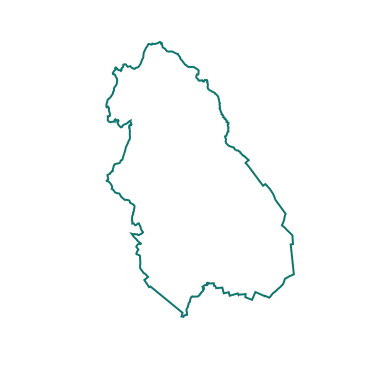 Cernat, Covasna, Romania, rotated 31°
{"feature_id": "2599482B32737313813791", "entity_name": "Cernat", "entity_type": "district", "adm_level": 2, "iso_a3": "ROU", "parent_name": "Romania", "parent_adm1": "Covasna", "projection": "albers", "projection_center": [25.982, 45.977], "detail": "fine", "context": "isolated", "style": "outline", "palette": "teal", "viewbox_px": 384, "rotation_deg": 31, "n_neighbors": 0, "source": "geoboundaries", "source_scale": "gbopen_adm2", "svg_char_len": 5924}
<svg xmlns="http://www.w3.org/2000/svg" viewBox="0 0 384 384"><g transform="rotate(31 192 192)"><path d="M97.8,173.2L98.5,172.4L98.4,171.0L98.6,170.1L99.0,169.3L100.6,167.2L101.4,165.3L101.6,164.1L102.6,162.5L102.9,163.4L104.0,164.0L105.4,165.4L105.5,166.1L105.4,166.3L104.4,166.1L104.0,167.2L104.8,169.1L105.0,169.3L105.3,169.1L106.8,171.1L107.3,171.6L109.0,174.7L110.6,176.9L111.4,178.8L111.4,180.7L111.9,183.4L112.3,187.6L113.1,190.2L113.4,190.9L113.7,192.5L114.1,193.8L115.1,198.3L115.7,199.9L115.7,200.3L114.9,201.3L114.7,201.8L115.1,202.9L115.1,203.9L114.9,204.5L114.4,205.1L111.8,207.5L111.4,208.2L111.5,210.2L111.8,210.7L112.4,213.2L113.3,214.9L112.7,215.3L112.7,216.6L112.2,217.2L112.1,217.9L112.3,218.4L112.2,218.9L111.5,219.7L110.8,221.1L111.2,221.7L113.2,223.5L113.6,224.8L113.0,226.0L113.3,226.5L114.6,226.0L117.0,226.4L119.4,227.5L119.7,227.9L120.9,228.6L121.4,229.6L121.4,230.4L121.6,230.7L123.4,230.7L126.3,232.0L128.8,231.5L130.1,230.8L131.2,231.1L133.8,232.6L138.4,233.4L139.6,232.5L142.5,231.6L143.3,231.9L144.3,232.9L144.8,233.2L146.3,232.9L148.3,233.0L149.8,233.5L150.4,234.4L152.0,238.5L152.2,239.2L152.0,239.7L152.0,240.1L153.0,241.1L153.1,243.1L153.8,244.8L154.9,246.5L155.1,247.4L155.4,247.6L155.8,247.6L157.0,249.8L158.1,249.0L160.0,249.7L160.6,249.7L161.2,249.0L161.5,247.8L162.0,247.1L162.2,246.4L162.6,246.3L165.8,248.4L167.2,250.0L169.7,251.4L170.7,251.7L170.8,251.9L170.5,252.9L169.8,254.4L168.5,256.4L167.9,256.6L166.8,256.5L166.0,257.1L165.0,257.4L162.8,258.7L161.9,258.9L165.5,260.5L168.8,261.2L170.6,262.0L174.1,262.4L175.5,262.8L174.6,263.0L173.3,263.9L172.4,265.0L172.4,267.6L175.7,269.0L175.6,271.4L176.1,273.7L176.7,273.8L179.5,273.3L180.3,273.5L184.5,279.8L185.5,282.0L186.9,284.1L192.4,286.4L193.9,286.2L198.1,287.4L196.5,292.0L204.3,295.7L205.1,294.4L246.1,300.4L246.4,301.0L246.6,302.6L247.1,304.1L249.0,303.4L248.8,302.2L250.1,300.5L251.0,300.0L251.0,299.7L250.3,299.0L249.6,297.6L249.3,297.5L248.5,296.8L247.9,295.8L247.6,294.5L247.7,293.3L247.6,292.5L247.0,290.9L247.0,290.2L246.6,289.8L246.4,288.8L246.8,287.3L245.6,284.2L245.5,282.6L245.9,282.3L245.8,281.6L246.0,281.3L246.8,281.1L250.6,278.8L251.6,276.6L251.3,275.5L251.9,274.5L251.6,273.7L252.4,271.1L252.2,270.3L251.5,269.8L251.7,269.6L251.8,269.2L252.1,269.3L252.2,269.0L252.1,268.6L251.3,267.9L250.9,267.9L250.7,268.2L249.9,267.9L250.3,267.1L250.3,266.5L250.6,266.2L250.7,265.6L251.5,264.8L252.5,264.4L252.8,264.1L252.2,263.7L252.7,263.1L252.2,262.5L251.7,262.3L251.8,262.0L252.4,261.6L253.4,261.4L253.5,261.8L257.7,259.0L259.0,261.0L259.9,260.5L260.5,260.7L262.3,262.0L267.2,258.3L271.4,262.5L275.1,259.0L277.7,261.5L283.5,255.4L285.0,256.4L285.2,255.6L287.2,254.4L290.5,251.9L291.9,254.7L299.0,253.5L297.9,245.1L308.1,243.8L308.1,243.4L312.6,242.8L312.9,242.0L313.5,237.2L314.4,235.1L315.7,230.6L316.5,228.3L317.5,224.4L317.4,223.3L316.4,218.5L319.0,213.9L321.7,210.1L303.6,186.1L305.4,184.7L300.6,177.7L300.1,177.3L293.3,175.8L289.7,174.7L286.3,174.3L285.5,169.0L283.9,164.7L283.5,162.5L267.7,155.8L266.7,155.1L264.6,153.3L262.3,151.8L257.6,149.5L251.1,147.4L250.9,147.4L250.6,147.9L249.7,150.1L227.1,140.8L222.9,139.5L223.2,138.2L224.2,135.5L217.8,134.2L217.5,134.5L215.3,134.1L214.3,133.6L213.4,133.6L213.0,133.1L211.9,132.8L211.0,132.9L210.4,132.6L209.3,133.2L207.0,133.5L205.6,132.8L205.3,132.3L200.4,133.4L198.2,133.2L195.9,132.4L194.7,131.3L194.7,130.8L193.9,129.1L192.6,128.4L192.4,128.0L191.7,127.3L192.5,126.2L192.3,125.4L192.3,124.9L191.9,123.9L191.9,123.0L191.5,121.8L191.5,121.5L192.0,121.2L190.5,119.3L190.3,118.3L190.1,117.8L189.4,117.6L188.1,116.2L187.9,115.5L188.2,115.0L187.7,114.0L185.7,114.2L185.7,113.4L185.2,113.5L184.6,112.8L182.5,112.5L182.6,111.9L180.3,111.8L180.4,111.5L180.2,111.0L178.6,110.1L177.9,109.9L177.6,110.3L177.4,110.3L177.3,109.6L177.1,109.3L176.3,109.1L175.6,108.4L174.4,107.5L174.1,107.1L172.6,106.2L172.8,105.6L171.9,104.7L171.7,103.9L170.7,103.2L170.3,102.4L170.4,101.7L169.1,100.9L167.7,99.1L166.4,98.0L165.6,96.9L162.9,95.9L161.0,95.8L160.5,95.3L156.9,95.6L154.1,95.6L152.7,95.3L151.8,94.7L151.6,94.2L151.3,94.0L150.6,92.2L149.1,90.5L148.2,90.0L148.5,89.5L147.3,88.4L146.7,88.5L146.2,89.0L145.3,89.4L145.3,89.8L145.1,90.3L145.3,91.1L145.0,91.4L144.1,91.5L143.0,91.0L142.3,91.9L141.4,92.3L140.9,92.9L140.1,93.0L139.5,92.3L136.9,91.8L136.4,91.4L136.0,90.4L135.7,88.7L136.7,88.3L136.8,87.6L135.1,84.4L134.3,84.1L129.6,83.9L126.5,85.4L124.7,86.6L123.1,86.7L121.7,86.2L120.4,86.4L115.4,84.3L114.0,84.0L112.7,83.3L112.5,82.8L111.8,82.3L109.7,81.6L108.8,80.9L108.0,81.3L105.3,81.6L102.7,81.7L99.5,83.8L97.6,84.2L95.3,83.1L92.4,83.1L91.0,81.8L89.6,80.1L89.4,80.0L88.8,80.7L88.1,79.9L87.2,79.9L85.9,82.2L83.8,84.4L81.5,85.3L81.6,86.2L81.5,86.5L78.7,87.3L78.4,87.7L78.6,89.9L78.3,92.2L78.6,94.4L78.7,96.2L79.2,98.3L80.9,101.7L81.3,105.9L81.7,107.0L81.9,109.1L81.8,111.5L81.7,112.2L81.2,113.2L79.9,114.6L79.5,115.9L79.0,116.3L75.8,116.5L74.3,115.9L72.4,117.8L69.6,116.8L68.5,117.1L67.6,118.2L67.7,118.8L68.3,119.6L68.4,120.0L68.5,120.6L68.0,122.0L68.0,122.8L68.4,123.4L68.8,123.6L68.7,124.9L67.5,124.7L66.2,125.4L62.9,124.5L62.4,124.6L62.3,124.9L62.3,125.5L63.2,126.2L63.5,126.6L62.9,128.0L62.8,130.7L62.9,131.0L63.4,131.5L64.1,131.7L64.9,131.0L65.8,131.2L66.8,132.1L68.6,133.1L69.4,133.6L70.5,135.0L71.2,136.5L71.7,138.0L71.9,139.4L71.9,141.0L71.7,141.5L71.6,143.0L72.0,143.9L72.7,144.8L72.9,145.6L72.8,147.0L73.3,147.6L73.5,148.7L73.3,151.3L73.5,151.5L73.4,152.3L73.0,153.8L73.0,154.5L72.5,155.0L72.3,156.3L72.3,157.1L72.8,158.1L73.1,159.6L73.8,161.6L74.7,163.0L75.2,163.4L75.7,163.1L75.8,162.3L76.0,162.0L77.1,162.5L77.8,163.1L78.8,164.9L81.8,167.7L82.3,169.3L81.5,169.6L80.8,170.6L82.0,172.1L82.7,173.8L84.8,174.6L86.2,174.2L86.7,173.5L88.8,171.9L89.0,171.4L89.4,171.4L88.6,170.3L88.8,169.6L88.8,169.2L90.5,169.4L91.0,169.6L91.4,168.4L92.2,168.6L92.3,168.9L92.6,170.4L92.5,171.0L92.8,171.3L94.3,172.3L97.3,173.2L97.8,173.2Z" fill="none" stroke="#0f766e" stroke-width="2"/></g></svg>